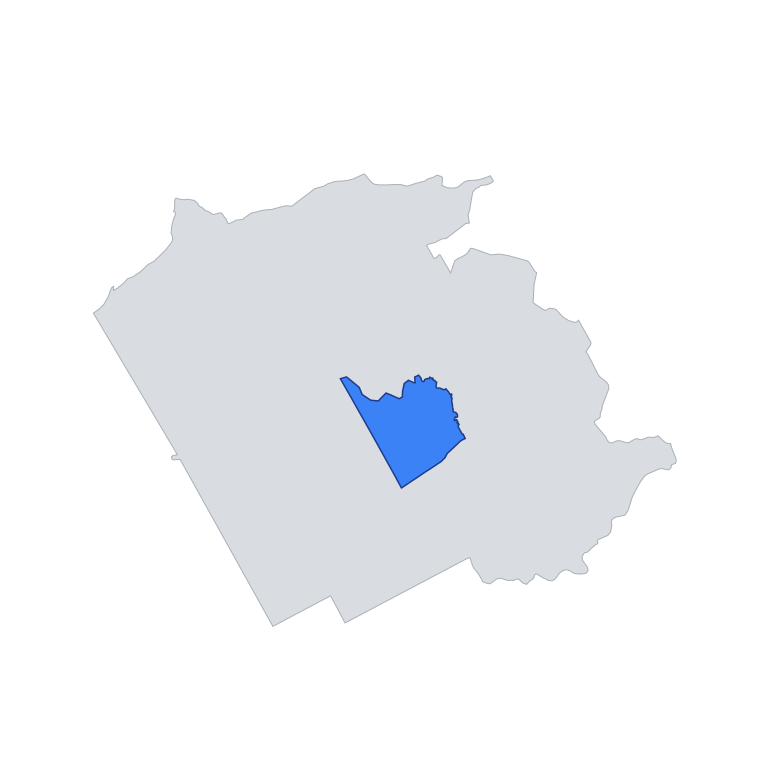 location of Soudari, North Kordufan, Sudan, rotated 241°
{"feature_id": "16777658B52132204049815", "entity_name": "Soudari", "entity_type": "district", "adm_level": 2, "iso_a3": "SDN", "parent_name": "Sudan", "parent_adm1": "North Kordufan", "projection": "orthographic", "projection_center": [27.862, 15.17], "detail": "fine", "context": "in_parent", "style": "filled", "palette": "blue", "viewbox_px": 768, "rotation_deg": 241, "n_neighbors": 0, "source": "geoboundaries", "source_scale": "gbopen_adm2", "svg_char_len": 7301}
<svg xmlns="http://www.w3.org/2000/svg" viewBox="0 0 768 768"><g transform="rotate(241 384 384)"><path d="M514.7,577.9L508.6,578.1L508.0,576.7L508.0,572.7L508.6,569.7L510.7,565.0L510.1,562.4L510.4,558.7L508.7,554.5L494.1,542.8L491.2,539.6L483.4,536.7L484.7,533.3L481.1,508.6L482.6,505.7L483.0,501.3L482.9,497.5L484.6,491.1L484.7,488.4L469.5,488.6L469.3,491.4L470.1,494.4L470.1,495.6L448.8,496.1L457.5,505.7L457.9,509.9L457.5,515.2L457.7,518.7L458.2,520.9L460.6,525.2L460.4,526.0L459.9,527.0L444.9,540.3L442.5,546.3L440.5,549.5L436.1,554.9L422.4,568.9L420.1,569.9L409.6,570.5L408.5,570.9L407.7,571.5L407.3,571.4L398.1,563.4L382.8,553.8L372.8,558.9L370.0,560.8L370.0,565.5L368.5,567.9L365.8,570.6L358.3,572.3L354.4,573.7L349.8,576.4L345.3,580.8L345.0,583.1L345.5,585.1L319.7,585.1L318.0,583.5L314.2,576.2L311.6,576.7L288.1,575.8L284.7,576.5L278.0,579.5L274.6,579.9L271.1,578.6L258.9,564.1L256.2,562.3L253.4,558.9L250.8,557.4L249.9,556.3L249.6,554.7L249.7,551.6L248.9,549.6L246.9,549.1L230.3,552.3L228.0,551.9L224.5,552.4L223.3,553.0L221.9,554.9L221.6,558.8L221.2,560.8L219.9,562.9L215.1,567.7L214.0,569.9L214.2,575.2L213.9,577.9L213.2,579.2L211.1,581.2L210.3,582.4L209.4,589.3L206.8,593.4L206.2,594.8L206.0,597.8L205.6,598.7L198.0,601.0L195.2,602.5L193.5,604.8L193.0,605.8L189.8,604.9L185.8,604.2L177.9,603.3L174.8,602.2L173.3,600.5L173.9,596.3L173.1,595.4L171.8,594.7L171.0,592.9L171.2,590.7L175.4,586.0L176.3,583.4L177.5,571.3L177.3,567.7L174.1,560.8L166.7,549.0L165.0,546.6L155.7,536.8L154.7,535.4L152.5,531.2L155.1,522.4L155.3,519.9L154.7,517.3L152.4,515.4L150.3,515.1L147.6,512.7L145.8,511.5L144.2,509.4L143.1,506.4L144.1,495.9L143.6,494.5L141.3,494.1L140.7,493.3L140.9,491.3L139.7,485.3L138.3,480.3L139.2,477.6L137.3,473.8L133.5,472.1L126.1,473.1L123.8,472.8L122.2,472.1L121.1,470.7L120.6,469.0L121.1,466.6L123.4,462.2L126.1,458.6L131.5,455.4L132.9,453.7L133.8,451.7L134.0,449.4L133.7,447.0L133.1,444.8L131.6,441.9L130.3,438.4L130.3,436.2L131.0,434.5L132.5,432.6L137.9,428.8L143.3,425.7L144.3,424.6L144.0,423.3L141.5,420.5L140.9,415.4L139.6,411.7L142.4,409.1L144.5,408.2L147.6,407.4L148.9,406.3L149.3,404.1L149.3,402.1L150.4,400.6L152.0,397.3L153.3,395.8L157.5,392.1L158.5,389.6L158.8,387.2L157.8,379.9L160.3,376.9L163.3,374.4L167.7,374.7L174.5,374.3L179.1,373.3L182.4,373.4L189.9,374.9L190.6,374.3L191.1,372.4L193.9,234.1L224.3,234.6L224.7,234.4L225.9,169.3L415.5,169.1L417.1,168.8L419.9,162.7L421.2,162.2L423.1,162.6L423.8,164.0L422.4,169.0L586.9,164.2L587.7,171.6L589.4,177.5L594.5,185.8L598.7,190.2L600.3,192.6L600.5,193.8L600.4,194.9L599.1,193.7L597.1,192.9L597.0,196.9L598.4,205.1L600.4,210.7L599.5,216.0L600.2,225.0L602.9,235.7L602.8,242.5L607.2,258.4L611.0,267.2L613.0,269.3L615.1,270.4L619.2,270.9L625.3,275.2L630.2,279.8L632.0,282.2L634.5,284.8L636.0,284.3L636.9,283.5L638.5,285.6L646.2,290.1L647.4,292.2L644.9,294.6L642.0,298.5L640.7,302.0L640.0,303.2L637.6,305.5L637.3,306.5L636.2,307.3L635.1,307.4L632.6,308.7L630.3,308.4L628.0,309.2L627.2,310.1L625.4,310.9L623.0,311.4L619.2,314.5L615.9,316.1L614.8,317.3L613.3,323.3L612.1,324.9L607.1,325.3L604.7,325.9L601.3,325.4L599.7,325.5L599.3,326.8L598.9,331.9L599.1,334.0L596.6,339.9L597.9,350.7L595.5,358.9L595.2,360.7L592.7,367.2L591.3,369.7L588.3,381.8L587.0,385.5L584.2,389.5L588.4,418.1L586.2,427.0L586.4,431.8L584.9,439.0L583.6,442.3L581.5,446.4L579.7,450.9L578.2,456.7L577.5,467.8L576.9,468.8L567.9,470.5L565.0,471.4L563.2,472.7L560.9,475.6L556.4,483.6L554.1,488.4L550.5,495.1L546.1,499.8L545.2,502.1L544.6,506.3L543.1,512.9L541.7,517.7L542.1,521.4L540.8,528.0L541.1,531.2L539.6,533.0L537.5,534.8L536.1,535.2L529.6,531.0L525.2,534.2L522.4,538.5L520.3,542.9L521.8,551.9L521.7,553.9L521.1,556.0L517.0,565.0L515.9,569.1L514.7,576.2L514.7,577.9Z" fill="#d9dde1" stroke="#a8b0b8" stroke-width="1"/><path d="M338.1,349.0L325.8,349.0L302.0,349.0L300.0,349.0L299.3,349.0L296.7,349.0L295.5,349.0L294.5,348.9L293.5,348.9L291.5,348.9L289.7,348.9L289.2,348.9L288.4,348.9L286.4,348.9L285.7,348.9L285.4,348.8L285.2,348.8L284.9,348.8L284.7,348.8L284.6,349.0L284.6,349.3L284.6,349.5L284.7,350.1L284.7,350.4L284.8,351.1L284.9,351.9L284.9,352.7L285.0,353.2L285.0,353.3L285.0,353.8L285.2,355.7L285.4,358.4L285.5,359.1L285.9,364.5L286.5,371.6L286.7,373.6L287.0,377.0L287.7,387.1L288.2,392.8L288.3,394.0L288.3,394.3L288.3,394.5L288.4,395.0L288.4,395.4L288.4,395.5L288.4,395.8L288.5,396.2L288.5,396.6L288.6,397.1L289.0,398.2L289.2,398.9L289.3,399.4L289.5,399.8L289.7,400.7L289.8,400.9L289.8,401.0L289.9,401.3L290.0,401.5L290.0,401.8L290.4,402.3L290.5,402.5L290.8,402.8L290.9,403.1L291.1,403.4L291.3,403.6L291.5,403.9L291.5,404.0L291.7,404.3L291.8,404.4L291.8,404.5L292.1,404.9L292.3,405.1L292.5,405.4L292.6,405.6L292.6,405.8L292.7,406.0L292.8,406.5L293.1,407.6L293.3,408.7L293.4,408.9L293.4,409.0L293.5,409.4L293.5,409.5L293.7,410.1L293.8,410.5L293.9,410.9L294.0,411.1L294.3,412.5L294.4,412.9L294.7,414.2L294.9,415.0L295.2,416.0L295.3,416.5L295.6,417.7L295.8,418.6L295.9,418.9L296.1,419.5L296.3,420.0L296.4,420.6L296.5,421.0L296.6,421.3L296.6,421.5L296.8,422.0L296.9,422.5L297.0,422.8L297.0,423.0L297.0,423.3L297.1,423.5L297.1,423.9L297.1,424.2L297.1,424.4L297.1,424.7L297.1,425.3L297.1,425.6L297.1,425.8L297.1,426.1L297.1,426.4L297.1,426.7L297.0,427.1L297.0,427.5L297.0,428.0L297.0,428.3L297.0,428.6L298.4,428.7L298.5,428.7L299.4,428.7L299.5,428.7L300.0,428.8L300.3,428.8L300.6,428.8L301.2,428.9L301.5,429.0L302.0,428.1L302.4,428.1L303.1,428.1L303.4,428.1L303.9,428.1L304.0,428.1L305.3,428.1L305.9,428.1L306.0,428.1L306.6,428.1L307.1,428.1L307.4,428.1L308.8,428.1L310.2,428.1L310.4,428.1L310.7,428.1L310.8,428.1L311.2,428.6L311.4,428.8L311.9,429.5L312.4,430.1L312.8,430.0L313.3,429.7L313.6,429.6L313.9,429.9L314.0,430.0L314.1,429.9L313.9,429.7L313.6,429.4L313.6,429.2L315.1,429.3L315.2,429.5L315.3,429.7L315.2,429.8L314.9,429.7L315.0,429.9L315.5,430.2L316.7,430.3L316.8,430.3L317.6,430.2L317.8,429.4L317.6,428.9L317.6,428.7L317.6,428.4L317.6,428.2L318.1,428.0L318.4,428.0L318.5,428.0L318.8,428.4L319.0,428.5L319.3,428.8L319.5,429.0L320.3,429.7L320.4,429.8L320.5,429.9L320.6,430.1L320.6,430.3L320.4,430.3L320.2,430.3L320.2,430.5L320.0,430.9L319.8,431.2L319.6,431.4L319.7,432.0L319.8,432.5L320.1,432.7L322.0,433.4L324.3,433.0L325.1,432.1L325.4,431.8L326.1,431.1L327.8,431.8L328.0,432.0L328.4,432.3L329.6,432.4L330.6,432.8L332.6,433.7L333.5,434.1L333.8,434.1L334.3,434.3L334.9,434.5L335.9,434.8L336.2,435.0L336.7,435.2L336.9,435.2L337.1,435.3L338.4,436.6L338.8,436.6L339.0,436.6L339.4,436.3L339.5,436.3L339.6,436.6L340.4,436.6L340.5,436.6L340.7,437.1L341.1,436.9L341.4,436.9L341.5,437.0L341.8,437.6L341.8,437.9L341.8,438.1L342.5,438.1L343.0,437.3L343.6,436.6L344.9,436.6L345.8,436.6L349.8,435.8L349.8,433.7L353.4,430.8L354.8,428.3L356.3,428.1L358.7,429.8L360.1,430.9L361.4,430.0L362.0,430.2L362.7,430.1L363.2,429.2L364.6,428.7L365.0,429.4L365.5,429.5L365.9,428.9L366.2,428.1L367.7,427.5L366.8,426.3L367.5,425.3L368.1,422.9L368.1,421.6L366.9,420.4L367.1,419.3L368.6,418.5L371.1,419.2L374.9,418.6L375.2,414.2L370.0,411.8L371.1,410.4L375.4,407.2L374.6,401.9L368.3,396.5L363.8,393.8L363.8,390.1L371.7,384.2L375.1,381.4L373.1,374.4L371.9,370.8L376.3,364.5L385.4,359.8L393.1,360.7L408.3,354.7L409.0,352.0L409.3,350.5L409.8,348.5L409.8,348.4L393.5,348.6L383.3,348.7L367.7,348.8L360.2,348.9L338.1,349.0Z" fill="#3b82f6" stroke="#1e3a8a" stroke-width="1.5"/></g></svg>